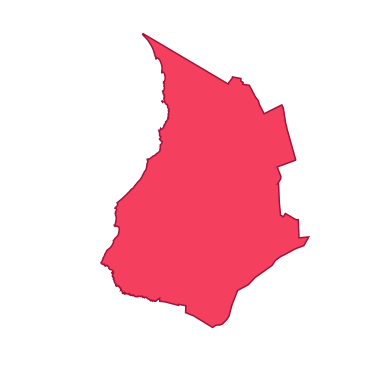 outline of Ravensthorpe, Western Australia, Australia, rotated 121°
{"feature_id": "25037944B73720065991414", "entity_name": "Ravensthorpe", "entity_type": "district", "adm_level": 2, "iso_a3": "AUS", "parent_name": "Australia", "parent_adm1": "Western Australia", "projection": "orthographic", "projection_center": [120.16, -33.684], "detail": "fine", "context": "isolated", "style": "filled", "palette": "rose", "viewbox_px": 384, "rotation_deg": 121, "n_neighbors": 0, "source": "geoboundaries", "source_scale": "gbopen_adm2", "svg_char_len": 5990}
<svg xmlns="http://www.w3.org/2000/svg" viewBox="0 0 384 384"><g transform="rotate(121 192 192)"><path d="M180.3,68.5L170.4,68.8L176.2,76.7L161.0,86.6L162.2,88.6L162.3,100.9L166.2,100.9L166.2,104.2L156.1,111.7L140.1,122.2L140.8,122.8L135.1,122.7L132.7,124.0L126.7,131.9L111.5,119.7L111.0,119.7L88.1,144.0L87.8,144.0L85.0,147.0L72.8,157.2L71.1,159.9L87.8,170.5L82.7,178.7L82.8,178.7L79.6,182.2L77.9,186.6L72.8,194.8L71.7,196.8L71.0,197.8L73.5,203.9L71.7,204.6L71.7,207.4L69.5,208.5L72.5,216.6L73.7,216.1L79.9,216.9L80.8,216.6L81.5,315.5L82.5,315.4L83.6,311.1L84.8,307.5L87.7,301.8L90.9,297.2L91.6,296.8L92.5,295.6L93.1,295.2L93.4,294.4L94.0,294.1L94.2,293.8L94.2,293.7L94.6,293.5L94.8,293.0L96.5,291.5L96.4,291.3L95.4,291.3L95.3,290.9L94.9,290.6L94.9,289.3L95.6,287.4L98.1,284.1L100.0,282.3L102.1,280.8L103.4,280.5L104.6,279.7L105.3,279.5L105.4,279.4L105.1,279.0L104.2,278.9L104.1,278.5L104.2,277.9L104.5,277.1L105.2,276.0L106.9,274.5L109.0,273.2L111.4,272.5L111.8,272.6L112.0,273.1L112.3,272.8L112.7,272.4L113.3,272.6L113.4,272.0L113.7,271.7L113.8,271.2L114.2,271.2L114.7,270.8L115.2,270.9L115.1,271.1L115.6,270.6L115.9,270.5L116.2,269.7L117.2,269.1L117.5,269.2L118.0,268.8L119.4,268.5L119.9,268.9L120.0,268.7L120.6,269.0L120.7,268.8L120.9,269.0L121.1,268.9L121.8,267.6L122.2,267.3L122.3,267.5L122.7,267.3L122.8,267.0L122.7,266.2L122.8,266.2L123.4,266.0L123.7,265.7L123.7,265.1L123.9,264.8L124.4,264.6L124.6,264.9L125.0,264.6L125.7,264.6L126.2,264.0L126.6,264.2L128.2,262.2L128.5,262.1L128.6,261.9L129.1,261.9L129.7,260.0L130.2,259.2L130.1,258.6L129.9,258.4L130.2,258.2L130.2,257.6L130.4,257.6L130.5,257.3L131.1,257.1L131.2,256.8L132.2,256.2L132.4,255.4L132.8,255.2L132.9,254.9L132.7,254.6L134.3,253.7L134.5,253.7L134.7,254.0L134.9,253.8L135.0,253.5L134.8,253.3L135.0,253.1L135.8,253.1L135.8,253.4L136.2,252.6L137.1,252.5L137.5,252.2L137.5,252.4L138.3,252.0L139.7,250.8L140.0,250.8L139.9,251.2L140.2,251.2L140.7,250.3L141.0,250.7L141.4,250.3L141.5,250.5L142.1,250.3L144.6,250.3L145.3,250.8L146.2,250.1L148.0,250.3L148.2,250.2L148.7,250.3L149.0,250.1L149.2,250.4L150.5,249.8L152.6,249.9L153.6,250.2L154.1,250.5L154.3,250.8L153.9,251.4L154.1,251.4L154.0,251.6L155.3,251.2L155.6,251.3L155.8,251.6L156.6,251.2L156.6,251.9L158.1,250.2L159.0,249.5L159.8,249.3L160.2,248.9L160.7,248.1L160.5,247.4L161.0,247.5L161.9,246.8L162.8,246.8L163.0,247.1L163.3,247.1L163.3,246.9L163.8,246.3L163.7,246.1L164.2,245.0L164.2,243.7L164.5,243.3L166.0,243.0L167.4,243.2L167.9,243.5L168.5,243.1L169.6,242.4L169.8,242.5L170.7,241.9L170.9,241.6L171.4,241.3L171.9,241.5L172.9,240.8L173.5,240.7L176.0,241.4L176.7,241.6L177.4,242.3L178.9,242.3L181.6,244.0L182.2,244.1L183.2,244.6L185.1,245.1L186.0,246.0L186.2,246.7L187.4,246.5L187.4,247.1L187.6,247.0L187.6,246.3L188.6,245.5L191.2,245.0L191.4,245.1L192.0,244.6L195.9,243.1L197.4,242.9L198.9,243.3L200.6,243.0L203.3,243.0L205.1,242.6L205.6,242.7L208.9,242.9L211.7,243.7L213.7,243.8L214.7,244.1L215.1,244.0L216.6,244.4L218.0,244.3L219.4,244.6L220.3,245.1L220.9,245.3L221.0,245.1L221.3,245.1L222.1,245.7L224.0,245.9L226.9,246.7L228.0,246.8L230.8,247.7L233.6,248.4L239.9,250.7L240.1,250.1L240.7,249.4L241.2,249.4L241.7,249.0L243.5,249.2L244.9,249.8L245.1,249.6L245.6,249.5L245.3,248.9L245.5,247.9L245.8,247.6L246.9,247.3L247.8,247.5L248.2,247.4L248.8,246.8L249.4,246.7L249.7,246.9L249.9,246.5L251.2,245.7L252.4,244.1L253.7,243.3L255.7,242.4L259.2,241.2L260.1,241.1L260.5,241.5L260.7,240.7L261.2,240.3L261.0,240.0L260.2,239.8L260.1,238.7L259.9,238.5L259.9,237.9L259.6,236.8L261.0,235.4L261.8,234.9L265.3,233.6L266.9,233.2L267.8,233.2L270.5,233.7L271.1,234.1L272.4,234.1L274.2,234.4L274.9,233.7L275.9,233.3L279.2,233.1L281.5,233.3L285.4,234.7L286.7,234.8L289.0,234.6L290.1,234.7L291.0,234.4L293.5,234.1L294.2,234.3L295.1,233.9L297.8,233.4L299.5,233.6L300.0,232.8L300.0,231.8L299.8,230.6L299.1,230.3L300.0,229.2L300.2,228.0L299.7,227.3L299.8,227.8L299.3,228.0L299.1,228.0L299.0,227.6L298.4,227.6L298.7,227.5L298.9,227.2L298.6,226.6L298.9,226.4L299.3,224.6L300.3,223.9L300.4,223.6L300.4,223.2L300.6,223.0L300.6,222.2L300.2,221.4L300.1,220.3L300.2,220.1L300.2,219.6L300.4,219.6L300.8,218.7L300.8,218.3L301.1,218.1L301.6,218.7L302.2,218.7L302.3,219.2L302.7,219.1L302.8,218.7L302.5,218.4L302.5,217.5L302.9,217.7L304.8,217.2L305.3,216.5L305.2,216.3L305.5,216.3L305.8,215.8L305.6,215.1L306.1,215.0L306.1,214.6L306.3,214.4L307.4,214.4L308.1,212.6L308.7,212.6L309.6,211.4L310.0,210.4L310.2,210.1L310.1,209.4L310.3,209.2L311.3,209.3L311.5,209.1L311.6,208.1L310.5,207.1L310.6,206.7L310.3,206.4L310.9,205.7L310.8,205.2L311.1,204.7L311.1,203.9L311.7,203.7L311.6,203.0L312.5,202.7L312.1,202.6L312.2,202.3L312.7,202.2L312.9,201.8L312.7,201.5L312.8,201.3L313.2,200.7L313.7,200.3L313.9,199.7L314.5,199.4L314.3,199.2L314.3,198.9L313.7,199.2L313.6,198.6L313.2,198.5L313.5,198.2L314.0,198.3L313.6,197.7L313.9,197.5L313.9,197.1L314.1,197.0L313.9,196.8L312.9,196.9L313.0,196.2L312.8,195.8L312.9,195.2L312.3,194.5L312.4,193.6L312.1,193.0L311.8,193.0L312.3,192.6L312.2,191.5L311.6,191.2L311.8,190.8L311.5,190.5L311.4,189.5L310.6,189.2L310.8,189.0L310.7,188.5L310.5,188.3L310.9,188.0L310.9,186.7L310.6,186.5L310.5,186.0L310.0,184.9L309.4,184.9L309.3,184.2L308.4,183.6L308.0,182.1L307.4,181.8L307.5,181.5L307.0,181.1L307.6,180.2L307.3,180.0L307.6,179.7L306.9,178.8L306.8,178.4L307.0,178.1L306.1,177.6L305.8,177.1L305.9,175.8L306.2,175.7L306.3,175.0L306.0,173.2L306.4,172.3L306.0,171.5L306.3,171.2L305.5,170.8L305.9,169.9L305.5,169.5L305.6,169.3L304.7,168.9L304.8,168.5L304.6,168.1L304.8,167.7L304.4,166.9L303.9,166.6L303.3,166.6L302.7,166.2L301.8,166.2L301.3,165.6L299.8,165.0L302.3,163.4L300.0,158.4L296.1,145.1L295.1,145.5L292.7,138.7L298.7,135.4L297.5,128.1L297.3,128.0L297.5,104.6L293.7,102.8L291.7,99.7L289.4,97.9L283.0,96.5L279.2,96.4L268.6,99.5L252.9,102.2L242.5,96.0L232.8,93.9L213.6,85.5L207.6,85.3L201.6,82.7L198.2,80.5L187.5,74.2L180.3,68.5ZM129.4,264.6L129.7,264.7L130.2,263.3L129.4,263.4L129.3,264.0L129.5,264.5L129.4,264.6Z" fill="#f43f5e" stroke="#9f1239" stroke-width="1.5"/></g></svg>